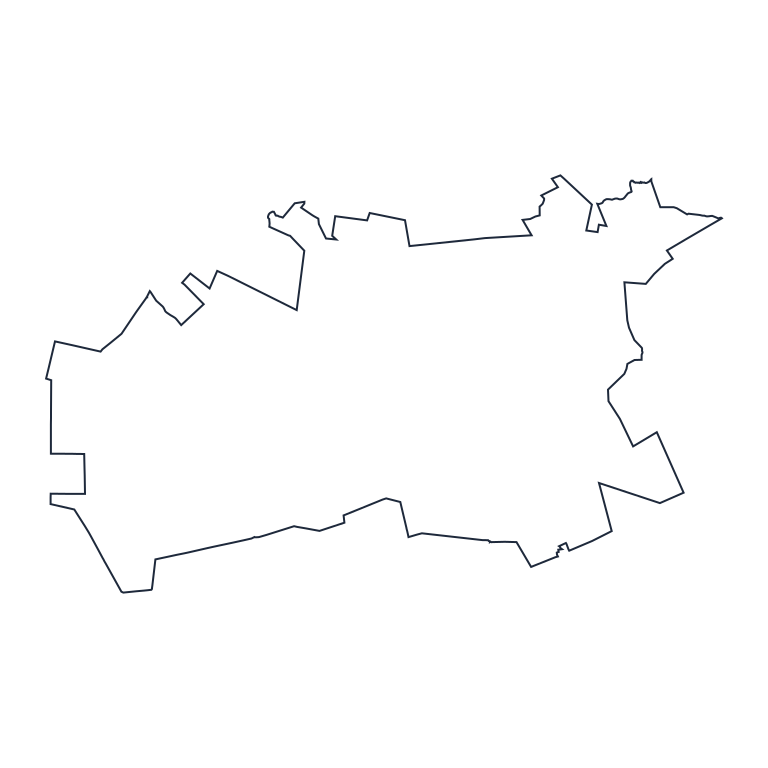 the district of Opodepe, Sonora, Mexico
{"feature_id": "50627088B76508997852309", "entity_name": "Opodepe", "entity_type": "district", "adm_level": 2, "iso_a3": "MEX", "parent_name": "Mexico", "parent_adm1": "Sonora", "projection": "albers", "projection_center": [-110.689, 30.036], "detail": "fine", "context": "isolated", "style": "outline", "palette": "slate", "viewbox_px": 768, "rotation_deg": 0, "n_neighbors": 0, "source": "geoboundaries", "source_scale": "gbopen_adm2", "svg_char_len": 5560}
<svg xmlns="http://www.w3.org/2000/svg" viewBox="0 0 768 768"><path d="M683.6,492.7L656.8,432.2L633.1,446.4L619.9,418.9L608.5,401.2L608.0,389.6L624.3,373.9L626.5,368.8L627.4,363.9L634.5,360.0L641.6,359.8L641.6,355.8L641.6,354.9L641.9,354.1L642.4,353.0L642.5,352.1L642.1,351.2L642.0,350.5L642.1,349.1L642.0,348.4L641.8,347.8L634.4,340.1L629.0,327.7L627.3,320.3L624.4,282.3L645.8,283.9L654.2,273.9L664.9,263.8L672.7,258.8L666.9,250.5L685.5,239.5L711.0,224.6L721.9,218.3L721.7,218.1L721.3,217.9L721.1,217.8L721.0,217.7L720.9,217.7L720.3,217.8L719.9,217.9L719.5,218.0L719.2,218.1L718.9,218.2L718.5,218.3L718.3,218.3L718.0,218.3L717.8,218.2L717.6,218.1L716.3,217.5L715.5,217.2L714.1,216.6L713.8,216.5L713.5,216.4L712.6,216.0L712.2,215.9L711.7,215.9L711.3,216.0L710.6,216.0L709.4,216.2L708.4,216.3L707.5,216.4L706.7,216.3L706.2,216.3L706.0,216.2L705.7,216.1L705.0,215.9L704.7,215.8L704.5,215.7L704.3,215.7L703.9,215.7L703.2,215.7L702.4,215.6L701.4,215.4L700.3,215.1L699.0,214.9L688.5,213.7L687.1,214.4L676.8,208.2L673.7,207.2L660.3,207.2L651.3,181.3L651.3,179.2L650.9,179.5L650.5,180.2L650.0,180.6L649.1,181.6L647.7,182.4L646.9,182.8L646.2,183.0L645.3,183.0L644.4,182.5L644.2,182.6L643.9,182.6L643.6,182.6L643.1,182.6L642.8,182.6L642.5,182.5L642.4,182.4L642.2,182.4L641.9,182.5L641.7,182.7L641.6,182.8L641.4,182.9L641.2,182.7L641.0,182.4L641.0,182.2L640.9,182.0L640.8,181.9L640.7,181.9L640.6,182.1L640.3,182.3L640.2,182.4L640.2,182.5L640.0,182.9L639.9,182.9L639.7,183.0L639.6,182.9L639.4,182.8L639.3,182.7L639.2,182.7L638.9,182.6L638.6,182.6L638.3,182.7L638.2,182.8L637.9,182.8L637.7,182.7L637.3,182.6L637.1,182.6L636.9,182.6L636.7,182.6L636.3,182.5L636.2,182.5L635.9,182.5L635.7,182.7L635.4,182.5L635.2,182.5L634.4,182.4L634.3,182.1L634.2,181.9L633.9,181.9L633.7,181.8L633.4,181.7L633.2,181.5L633.0,181.1L632.9,180.8L632.8,180.7L632.6,180.7L632.4,180.8L632.2,180.9L631.9,180.8L631.4,180.7L631.1,181.2L630.6,181.7L630.2,182.5L630.1,183.3L630.1,184.0L630.1,185.4L630.2,185.9L630.6,186.9L630.9,188.1L631.0,189.2L631.1,189.7L631.4,190.7L631.6,191.2L631.6,191.6L631.2,192.0L630.7,192.2L630.0,192.4L628.8,192.9L627.9,193.4L627.2,194.2L626.5,195.1L625.5,196.3L625.0,197.0L624.2,197.9L623.0,198.8L622.4,199.0L620.8,199.3L619.7,199.3L619.2,199.2L618.5,199.0L617.5,198.6L616.3,198.5L615.4,198.6L614.8,198.7L614.0,199.0L613.4,199.2L612.6,199.5L612.2,199.7L611.8,199.7L610.1,199.3L608.8,199.2L607.7,199.1L606.9,199.1L606.1,199.3L605.4,199.7L604.3,200.3L603.3,201.3L602.6,202.6L601.8,203.2L601.2,203.4L600.5,203.6L599.6,203.9L598.5,204.0L597.3,203.8L606.4,226.0L598.9,224.7L597.6,232.1L586.3,230.5L591.9,204.6L564.1,178.7L560.4,175.4L551.9,178.7L557.9,187.2L541.3,195.5L544.1,198.5L544.1,200.0L543.4,201.9L542.7,203.7L541.0,205.4L539.6,206.6L539.7,215.4L535.4,216.5L530.2,219.0L522.6,219.9L522.9,220.4L529.6,231.9L531.6,235.3L484.9,238.1L474.0,239.4L409.5,246.1L405.0,220.2L369.7,213.0L367.1,220.4L335.2,216.2L332.2,235.8L336.2,239.5L326.0,238.5L318.9,224.1L318.3,218.6L316.6,217.7L314.1,216.3L312.3,215.2L301.1,207.6L304.3,203.6L304.4,201.8L294.7,203.3L282.8,217.6L281.0,216.9L280.6,216.8L280.1,216.8L278.6,216.3L278.1,216.0L277.9,215.8L277.7,215.7L277.4,215.7L276.8,215.6L276.3,215.7L275.9,215.6L275.6,215.3L275.6,215.0L273.9,211.8L273.5,211.8L272.9,211.7L272.3,211.7L272.1,211.9L271.9,212.0L271.7,212.1L271.2,212.4L270.7,212.5L270.3,212.8L269.9,213.1L269.6,213.4L268.8,214.3L268.5,215.1L268.4,215.4L268.3,215.7L268.1,216.1L268.0,216.7L268.0,217.4L268.2,218.0L268.9,218.7L269.2,218.9L269.3,219.2L269.3,219.4L269.3,220.1L269.3,220.5L269.4,221.1L269.5,222.4L269.6,223.4L269.5,224.5L269.5,225.2L269.3,226.7L272.3,228.1L288.5,235.4L290.1,235.8L293.0,238.9L304.3,250.7L296.7,310.1L227.7,275.7L217.2,270.9L209.6,288.5L190.3,273.5L182.1,282.8L184.5,284.6L203.7,304.2L181.2,325.1L176.8,319.7L176.3,319.1L175.2,318.0L174.0,317.2L172.5,316.3L170.4,315.1L166.6,312.5L165.6,311.6L165.1,310.9L164.6,309.7L164.0,308.5L163.4,307.4L162.7,306.5L156.2,300.7L150.5,291.9L149.8,291.1L147.2,296.3L147.2,297.3L146.6,297.3L145.8,298.6L137.7,309.9L135.8,312.6L132.1,318.1L121.5,333.8L110.4,342.9L102.4,349.3L100.6,351.6L72.3,345.2L55.0,341.4L48.6,368.3L46.1,378.6L51.2,380.2L51.0,412.3L51.0,418.0L50.9,424.3L50.9,453.7L72.0,453.8L75.8,453.9L84.2,454.0L84.5,467.8L84.7,475.4L85.0,493.9L72.3,493.9L50.7,493.7L50.6,497.4L50.6,499.7L50.6,504.1L70.0,508.5L74.3,509.5L81.8,521.3L84.8,526.0L88.9,532.7L90.9,536.3L98.4,550.1L103.0,558.7L103.2,558.9L104.5,561.5L105.8,563.7L121.4,591.7L122.5,592.2L123.3,592.6L125.2,592.4L136.0,591.3L143.9,590.6L147.9,590.2L150.3,589.9L151.3,589.8L151.7,589.4L152.0,588.7L152.0,588.1L152.4,585.2L155.4,559.4L166.7,557.0L176.9,554.8L184.4,553.3L187.7,552.6L207.4,548.1L214.2,546.6L227.9,543.7L233.5,542.5L244.0,540.2L251.5,538.5L254.5,537.0L254.9,537.3L258.0,537.2L259.3,537.0L266.5,534.9L294.1,526.2L297.1,526.9L305.9,528.4L319.5,530.9L344.4,522.7L343.6,515.4L359.7,508.9L372.2,503.8L377.9,501.5L382.5,499.6L386.2,498.4L400.3,502.0L402.4,510.9L404.9,521.4L406.5,528.2L406.5,528.5L407.3,531.5L407.4,532.0L407.7,533.3L408.5,537.1L417.0,534.6L421.9,533.3L482.4,540.1L488.1,540.2L488.3,540.4L488.6,540.7L488.7,541.0L488.9,541.1L489.5,541.1L489.9,541.3L490.1,541.4L490.0,542.1L490.4,541.9L490.9,541.9L491.5,542.2L492.2,542.1L504.7,541.8L516.5,542.1L531.1,566.9L555.4,557.2L557.9,556.5L557.0,554.7L556.8,552.6L558.7,551.9L558.4,551.0L558.4,550.2L558.3,549.7L559.4,549.6L562.0,549.2L560.4,548.0L559.8,546.7L559.1,546.2L565.9,543.0L566.5,544.0L568.5,549.4L569.2,550.7L592.1,541.0L611.7,531.1L599.0,483.0L659.9,503.1L683.6,492.7Z" fill="none" stroke="#1e293b" stroke-width="2"/></svg>